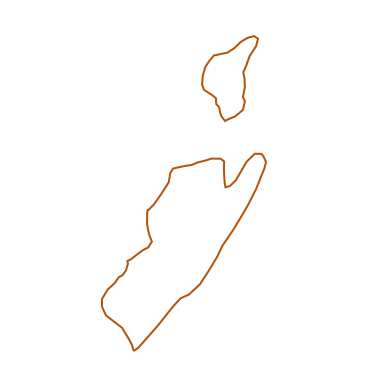 Vaxholm, Stockholm, Sweden, rotated 303°
{"feature_id": "70781695B74265456300359", "entity_name": "Vaxholm", "entity_type": "district", "adm_level": 2, "iso_a3": "SWE", "parent_name": "Sweden", "parent_adm1": "Stockholm", "projection": "equal_earth", "projection_center": [18.262, 59.415], "detail": "fine", "context": "isolated", "style": "outline", "palette": "amber", "viewbox_px": 384, "rotation_deg": 303, "n_neighbors": 0, "source": "geoboundaries", "source_scale": "gbopen_adm2", "svg_char_len": 1368}
<svg xmlns="http://www.w3.org/2000/svg" viewBox="0 0 384 384"><g transform="rotate(303 192 192)"><path d="M98.9,175.4L96.9,177.4L90.1,179.3L84.4,179.1L80.7,177.0L73.5,176.8L64.4,174.4L53.2,174.8L46.9,178.9L44.1,183.1L41.6,187.3L40.0,207.4L37.5,212.4L34.1,219.6L31.2,224.7L27.8,228.5L27.5,229.9L32.2,231.8L42.2,233.3L61.2,236.1L85.3,238.4L96.6,240.3L104.4,245.3L118.8,248.9L138.5,248.9L152.3,248.3L163.2,246.8L182.6,247.2L200.4,246.6L212.0,246.0L229.8,244.1L242.0,241.6L251.1,239.9L257.4,237.8L261.1,232.1L261.7,229.3L258.3,223.8L247.0,221.3L225.8,222.4L217.6,220.5L214.2,217.5L217.3,214.6L222.0,211.0L229.2,205.9L235.1,202.3L235.5,197.9L230.8,190.3L225.1,185.6L220.1,180.8L214.5,177.0L209.5,171.3L205.4,167.3L201.4,163.4L196.1,163.4L190.7,165.8L187.6,167.2L173.2,167.3L160.7,166.8L153.2,165.3L152.8,164.6L150.1,165.8L140.7,171.7L135.4,176.7L132.3,180.1L128.5,185.4L121.6,185.4L116.9,182.7L110.7,180.3L102.2,177.4L98.9,175.4ZM310.6,135.1L304.2,135.1L295.9,137.5L287.6,141.9L284.2,146.4L284.2,156.2L283.7,160.9L278.9,164.5L277.9,168.6L273.5,172.8L271.5,175.5L269.6,181.1L272.5,182.6L278.9,187.0L288.6,190.0L296.9,187.0L299.4,182.9L308.7,179.3L316.0,174.0L320.4,169.8L327.7,168.6L337.5,166.3L349.2,166.3L356.5,163.9L356.5,159.1L351.6,154.7L344.3,151.1L335.5,149.1L328.2,145.8L324.3,141.9L318.4,136.0L310.6,135.1Z" fill="none" stroke="#b45309" stroke-width="2"/></g></svg>